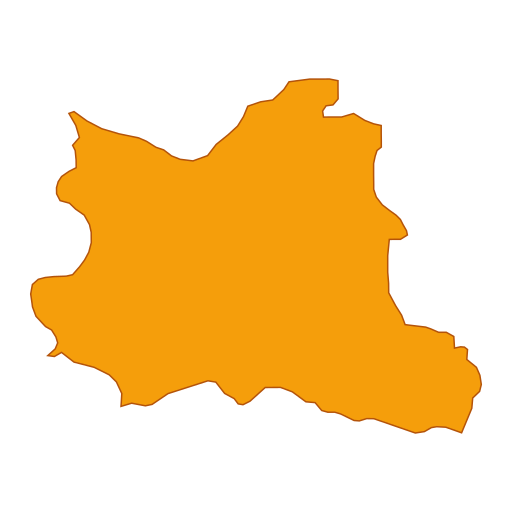 Gugark, Lori, Armenia (Mercator projection)
{"feature_id": "60910142B58118729111038", "entity_name": "Gugark", "entity_type": "district", "adm_level": 2, "iso_a3": "ARM", "parent_name": "Armenia", "parent_adm1": "Lori", "projection": "mercator", "projection_center": [44.544, 40.817], "detail": "fine", "context": "isolated", "style": "filled", "palette": "amber", "viewbox_px": 512, "rotation_deg": 0, "n_neighbors": 0, "source": "geoboundaries", "source_scale": "gbopen_adm2", "svg_char_len": 2101}
<svg xmlns="http://www.w3.org/2000/svg" viewBox="0 0 512 512"><path d="M47.8,355.6L54.4,356.5L61.5,352.4L62.7,353.3L74.0,362.1L94.1,367.3L109.2,374.8L116.4,381.9L121.8,393.5L121.3,402.1L121.0,406.4L131.6,403.2L145.4,405.8L152.1,404.4L168.0,393.6L207.9,380.8L215.8,382.1L224.6,393.4L234.2,398.6L238.2,403.9L243.0,404.7L250.0,401.2L265.2,387.5L280.5,387.4L292.3,391.8L305.9,401.8L315.1,402.6L321.7,410.5L327.8,412.2L334.8,412.2L340.5,413.9L354.1,420.5L359.3,420.9L366.7,418.6L373.9,418.7L415.3,433.0L424.4,431.6L431.4,427.6L436.7,426.7L445.8,427.2L461.6,432.8L468.0,417.4L471.8,408.3L472.7,398.0L479.6,391.4L481.3,384.5L479.9,375.3L476.4,367.3L466.8,359.5L467.5,349.5L464.4,347.1L460.6,346.8L454.5,348.1L453.8,336.5L446.3,332.3L438.6,332.3L430.8,328.9L425.7,327.1L408.8,325.1L405.1,324.6L401.6,315.2L395.6,305.7L388.7,292.8L388.6,283.3L387.7,272.1L387.7,263.5L387.7,255.7L389.3,239.4L394.5,239.3L400.5,239.3L407.4,235.0L406.5,230.7L403.0,224.6L400.4,219.5L396.1,215.2L390.1,210.9L382.3,204.9L376.3,197.1L373.7,189.4L373.7,184.2L373.6,174.7L373.6,163.5L375.2,156.0L375.3,155.7L375.7,154.6L377.0,150.5L381.3,147.1L381.3,141.0L381.2,133.3L381.2,125.5L373.5,123.8L364.8,120.4L353.6,113.5L341.6,117.0L331.3,117.0L323.5,117.1L322.6,111.0L326.1,105.8L333.0,104.9L338.1,98.9L338.0,88.5L338.0,80.7L329.4,79.0L323.4,79.1L309.6,79.1L289.0,81.8L283.8,89.6L272.7,100.0L260.7,101.8L247.8,106.2L243.5,116.6L237.6,126.1L228.1,134.8L216.2,144.4L207.6,155.6L193.0,160.9L180.1,159.3L171.5,155.9L163.7,149.9L156.0,147.3L146.5,141.3L138.7,137.9L118.9,133.8L101.7,128.7L87.0,121.0L74.0,111.6L68.9,113.4L75.8,125.4L79.4,137.5L72.6,145.3L75.2,150.5L76.1,160.0L76.2,167.7L69.3,171.2L66.8,172.9L61.6,176.5L58.2,181.7L56.5,187.7L56.6,193.8L60.1,200.6L69.5,203.2L75.6,209.1L84.2,215.1L89.5,224.6L91.2,232.3L91.3,242.7L88.8,252.2L84.6,260.0L79.5,266.9L78.5,268.0L72.6,274.7L66.5,276.1L65.1,276.2L53.8,276.6L45.2,277.5L38.3,279.3L32.4,284.5L30.7,294.0L32.0,303.0L32.5,306.9L36.0,316.3L42.3,323.1L45.0,326.0L45.6,326.6L51.6,330.0L55.9,336.9L57.7,342.9L55.2,348.9L47.8,355.6Z" fill="#f59e0b" stroke="#b45309" stroke-width="1.5"/></svg>